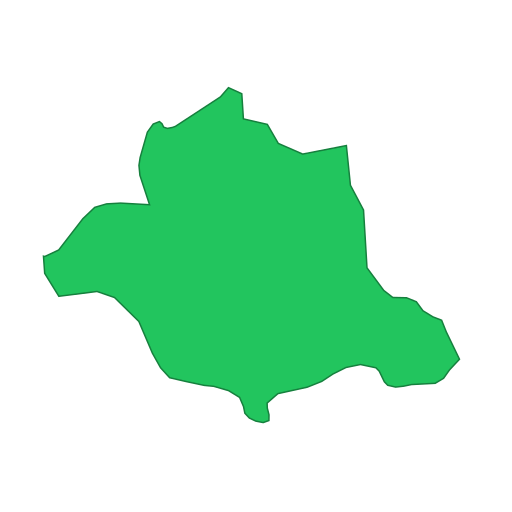 an SVG outline of Nebbi, rotated 95°
{"feature_id": "UGA-3084", "entity_name": "Nebbi", "entity_type": "District", "adm_level": 1, "iso_a3": "UGA", "parent_name": "Uganda", "parent_adm1": "", "projection": "robinson", "projection_center": [31.298, 2.468], "detail": "fine", "context": "isolated", "style": "filled", "palette": "green", "viewbox_px": 512, "rotation_deg": 95, "n_neighbors": 0, "source": "natural_earth", "source_scale": "10m", "svg_char_len": 1105}
<svg xmlns="http://www.w3.org/2000/svg" viewBox="0 0 512 512"><g transform="rotate(95 256 256)"><path d="M175.9,380.5L168.0,380.0L142.1,375.0L133.5,369.9L130.5,363.9L132.4,361.2L135.7,359.2L136.6,355.4L135.2,350.4L133.9,347.6L100.6,305.3L90.7,298.1L95.6,284.3L120.5,280.5L123.9,256.2L141.9,243.6L150.4,218.4L138.1,175.6L177.3,168.1L200.8,152.9L258.1,144.4L279.2,125.7L285.4,116.1L284.5,102.4L287.6,92.3L296.0,84.9L301.2,74.5L303.8,65.5L314.9,59.9L341.1,44.3L352.6,53.3L361.5,58.5L367.2,66.4L370.5,89.9L372.8,97.5L374.4,105.5L373.3,113.5L370.1,117.2L360.0,123.2L356.9,126.8L355.0,142.5L359.2,156.6L366.8,169.0L375.2,179.6L382.2,193.5L391.2,222.2L401.5,232.1L406.5,231.5L413.1,229.2L418.8,228.8L421.3,234.3L420.5,241.8L418.0,248.5L413.6,253.4L407.1,255.3L398.3,260.0L392.5,271.6L389.5,286.7L389.4,296.3L387.2,314.3L384.8,331.4L375.7,341.3L361.9,350.7L331.4,367.0L309.7,393.3L305.2,411.3L313.3,448.9L291.7,465.0L274.7,467.7L274.9,466.4L273.9,464.6L267.2,453.1L233.9,431.7L221.6,420.9L217.1,409.4L215.1,395.4L214.2,366.5L185.7,378.7L175.9,380.5Z" fill="#22c55e" stroke="#15803d" stroke-width="1.5"/></g></svg>